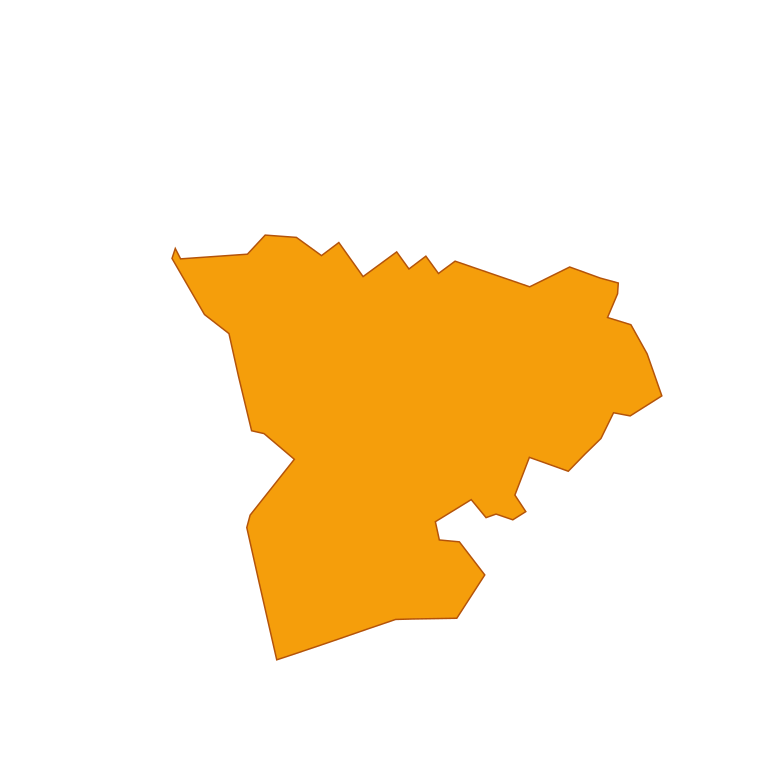 the district of Lafayette, Louisiana, United States of America, rotated 54°
{"feature_id": "52423323B160469889501", "entity_name": "Lafayette", "entity_type": "district", "adm_level": 2, "iso_a3": "USA", "parent_name": "United States of America", "parent_adm1": "Louisiana", "projection": "robinson", "projection_center": [-92.061, 30.209], "detail": "fine", "context": "isolated", "style": "filled", "palette": "amber", "viewbox_px": 768, "rotation_deg": 54, "n_neighbors": 0, "source": "geoboundaries", "source_scale": "gbopen_adm2", "svg_char_len": 842}
<svg xmlns="http://www.w3.org/2000/svg" viewBox="0 0 768 768"><g transform="rotate(54 384 384)"><path d="M326.4,254.3L326.6,275.0L305.2,275.0L305.6,296.2L284.6,296.1L284.8,337.8L243.0,337.4L243.4,359.1L213.9,368.7L193.7,392.6L198.7,418.2L163.2,475.0L151.7,473.2L157.8,481.7L222.3,488.4L252.1,479.8L292.0,497.1L344.0,518.6L353.6,510.2L392.2,500.8L411.4,569.4L419.5,579.4L471.4,601.8L544.1,632.9L547.2,623.3L560.6,580.5L572.3,542.1L581.3,513.0L590.7,499.3L616.3,462.8L597.7,414.7L556.0,415.8L542.7,430.9L525.6,423.4L528.8,381.4L552.1,380.0L555.1,369.8L569.6,359.6L570.6,344.3L550.8,343.4L528.8,309.5L562.9,286.2L558.9,263.0L555.6,240.5L542.2,215.2L554.5,203.6L556.9,166.2L514.3,153.4L481.2,149.4L461.6,164.1L448.3,142.0L440.0,135.1L425.4,146.8L398.5,165.0L391.0,209.0L326.4,254.3Z" fill="#f59e0b" stroke="#b45309" stroke-width="1.5"/></g></svg>